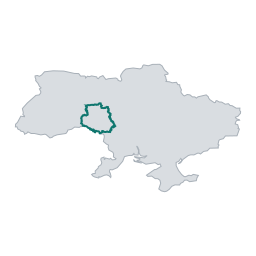 Vinnytsya highlighted on a map of Ukraine
{"feature_id": "UKR-323", "entity_name": "Vinnytsya", "entity_type": "Region", "adm_level": 1, "iso_a3": "UKR", "parent_name": "Ukraine", "parent_adm1": "", "projection": "natural_earth1", "projection_center": [28.815, 48.941], "detail": "fine", "context": "in_parent", "style": "outline", "palette": "teal", "viewbox_px": 256, "rotation_deg": 0, "n_neighbors": 0, "source": "natural_earth", "source_scale": "10m", "svg_char_len": 7981}
<svg xmlns="http://www.w3.org/2000/svg" viewBox="0 0 256 256"><path d="M178.5,170.4L181.6,174.5L184.2,176.6L185.5,176.7L188.9,175.2L191.3,175.7L193.2,174.4L198.4,175.4L196.9,178.0L196.3,180.7L189.6,181.7L187.1,180.1L184.5,180.2L183.1,182.1L180.5,183.4L179.7,185.0L174.9,184.9L171.8,186.3L169.4,189.2L166.8,191.1L164.7,191.7L161.4,190.9L158.8,189.0L160.7,183.2L159.9,180.2L157.8,178.7L155.2,178.6L151.7,176.1L147.8,176.4L146.5,175.2L154.5,169.6L156.2,169.4L161.1,166.4L160.1,164.0L158.1,164.6L155.1,162.7L145.9,164.2L140.3,161.3L137.7,161.0L137.0,160.3L139.7,159.7L139.9,158.6L136.1,157.9L134.1,156.6L144.4,157.9L147.1,155.6L144.2,156.4L141.4,155.9L140.3,155.2L139.0,152.9L138.9,149.7L137.6,146.9L136.6,146.0L138.6,150.6L138.1,155.1L133.8,154.8L134.2,153.0L132.2,155.4L128.8,155.5L124.5,156.6L122.7,161.3L117.2,167.7L112.1,169.9L110.4,169.5L109.7,170.0L109.4,172.0L110.2,173.0L111.0,176.2L110.7,177.5L108.9,175.7L106.8,174.9L104.5,175.2L100.3,177.1L98.9,176.7L99.0,177.7L98.6,178.0L94.7,177.0L93.0,176.1L91.6,174.5L92.9,173.7L95.3,173.4L95.2,171.0L98.2,168.0L98.4,166.6L101.0,164.8L101.8,162.7L100.8,159.7L101.1,158.2L104.0,157.1L104.3,159.4L104.9,159.2L105.5,158.0L109.5,159.1L110.6,158.3L112.3,159.9L115.3,159.5L116.0,158.7L113.4,156.9L113.6,153.9L112.8,152.2L108.9,150.0L108.1,147.4L108.5,145.1L106.5,144.1L103.4,141.5L104.3,137.0L104.1,135.2L103.2,133.9L100.7,134.1L98.8,131.4L95.7,130.9L94.9,131.9L94.4,131.0L93.4,131.0L93.4,129.9L92.7,129.5L90.2,129.2L89.6,128.2L86.8,126.7L83.4,125.7L81.6,126.7L80.8,126.4L79.4,127.4L74.6,127.1L71.7,129.2L67.8,130.1L67.4,131.5L65.9,133.5L57.1,134.8L53.4,136.2L52.1,137.4L49.9,137.9L46.0,134.5L44.8,134.2L40.9,134.9L34.5,133.5L31.2,133.5L27.9,131.9L26.8,133.2L24.5,134.2L24.3,132.9L23.2,131.6L20.9,131.2L20.1,130.1L18.0,129.2L16.9,126.8L15.4,126.9L15.6,124.2L17.5,122.4L20.8,116.2L24.5,116.7L24.6,116.0L22.9,114.6L23.3,112.6L22.4,108.7L23.1,107.7L27.3,103.0L35.9,95.4L39.2,94.9L40.7,93.0L40.8,91.6L39.4,88.9L41.0,88.0L40.9,87.5L39.5,86.5L38.1,83.5L35.7,80.6L35.9,79.3L35.1,77.3L35.1,75.9L37.4,75.5L39.4,76.3L41.6,75.0L44.5,71.8L53.2,70.8L63.8,71.1L74.2,73.4L78.7,73.6L80.6,76.1L84.4,76.0L85.4,76.5L85.6,78.0L87.5,76.2L89.4,76.7L91.5,75.9L96.7,76.9L97.3,78.3L98.3,78.7L99.7,77.0L102.9,75.6L105.9,79.5L108.4,78.7L115.9,78.0L117.8,79.2L118.1,80.4L120.7,81.3L121.8,79.9L120.5,76.1L121.1,74.6L123.2,71.4L125.9,69.0L133.2,68.0L140.0,68.9L141.9,67.9L142.9,65.5L143.8,64.9L148.3,65.8L152.5,64.4L159.7,64.3L162.0,65.8L164.5,70.1L168.1,73.2L167.9,74.2L164.7,74.8L164.6,75.3L165.7,76.8L166.2,79.8L166.7,80.1L166.0,81.5L169.4,81.8L172.2,82.8L176.5,82.3L177.8,84.6L179.7,84.8L179.8,86.3L181.4,89.8L180.9,91.7L181.2,92.8L183.5,95.5L184.5,95.9L187.2,94.5L190.0,94.9L192.4,96.9L194.8,96.9L196.3,98.1L198.0,96.8L206.2,94.9L208.3,96.8L208.6,98.0L209.9,99.7L214.3,102.7L215.5,102.4L215.8,101.0L216.8,100.6L219.3,102.0L221.7,102.1L225.2,104.2L228.4,103.7L230.1,105.5L232.1,105.7L236.2,108.2L239.9,108.1L239.7,110.5L240.6,111.5L240.5,113.3L237.9,116.3L235.4,117.2L236.3,118.7L239.3,119.7L239.6,120.2L236.9,120.4L235.9,121.5L235.2,123.9L237.7,124.7L238.5,127.6L238.0,128.5L239.4,129.0L237.0,135.8L225.4,136.0L223.3,138.7L219.9,139.6L218.9,140.4L218.0,144.3L219.0,145.0L218.1,146.6L218.3,148.0L209.8,148.2L207.3,150.8L203.6,151.4L200.5,154.0L199.1,153.2L197.5,153.2L194.0,154.9L190.8,154.8L188.3,155.5L183.0,159.4L180.6,162.8L178.2,163.8L181.5,161.0L181.6,159.6L180.8,158.4L178.8,161.2L176.1,162.5L176.2,165.8L178.5,170.4ZM141.7,163.1L134.3,161.4L133.5,159.5L135.2,161.2L141.7,163.1Z" fill="#d9dde1" stroke="#a8b0b8" stroke-width="1"/><path d="M84.4,126.1L84.1,126.0L84.1,125.6L83.9,125.6L83.5,125.7L83.4,125.8L82.9,125.8L82.7,125.6L82.5,124.6L82.3,124.1L82.0,123.7L81.7,123.4L81.2,123.3L81.5,122.4L81.6,122.0L81.6,121.6L81.5,121.3L81.5,121.2L81.8,121.1L81.8,120.7L81.7,120.5L81.6,120.3L81.6,119.3L81.4,118.8L81.3,118.6L81.2,118.4L81.3,118.3L81.5,118.2L81.5,117.9L81.4,117.7L81.4,117.3L81.5,117.1L82.0,116.7L82.2,116.3L82.4,116.2L82.5,116.1L82.5,115.9L82.7,115.5L82.9,115.3L83.2,115.3L83.8,115.4L84.1,114.9L84.3,114.8L84.6,114.8L84.8,114.9L85.1,115.1L85.6,115.2L85.9,115.4L86.1,115.5L86.3,115.5L86.4,115.4L86.6,115.2L86.8,115.1L87.0,115.0L87.5,114.9L87.7,114.7L87.6,114.4L87.6,114.2L87.5,113.9L87.4,113.7L87.3,113.4L87.4,113.2L87.6,113.1L87.6,112.9L87.3,112.6L87.3,112.2L87.2,112.0L87.0,111.9L86.9,111.9L86.8,111.6L86.7,111.4L86.7,111.2L86.8,111.2L87.2,111.0L87.2,110.9L87.1,110.7L86.2,110.5L86.0,110.4L85.9,110.4L85.9,110.2L86.0,110.0L86.2,109.9L85.8,109.5L85.7,109.4L85.7,109.1L85.8,108.9L86.0,108.9L86.2,109.0L86.3,109.0L86.3,108.9L86.5,108.8L86.5,108.7L86.3,108.4L86.2,108.4L86.4,108.1L86.8,107.5L86.9,107.3L86.8,107.1L86.7,106.9L86.2,106.7L86.0,106.4L86.2,106.2L86.3,106.1L86.6,106.2L86.8,106.1L87.0,105.9L87.1,105.7L86.8,105.5L87.1,105.5L87.3,105.5L87.5,105.2L88.6,105.1L89.5,105.2L89.9,105.2L90.9,104.9L92.1,104.9L92.5,104.8L93.3,105.0L93.6,105.0L93.8,105.0L94.0,104.9L94.4,104.5L94.5,104.5L95.6,104.5L95.8,104.5L96.1,104.6L96.3,104.8L96.5,104.7L97.0,104.6L98.0,104.7L98.4,104.3L98.6,104.0L98.8,103.9L99.2,103.7L99.3,103.6L99.4,103.3L99.5,103.3L100.4,103.4L100.5,103.4L100.5,103.5L100.6,103.8L100.8,103.9L100.9,104.1L100.9,104.4L100.9,104.7L100.9,104.8L101.1,105.1L101.2,105.3L101.7,105.6L101.1,106.3L101.0,106.5L101.3,106.8L101.4,107.1L101.6,107.3L101.4,107.7L101.4,107.8L101.5,107.9L101.9,108.0L102.4,107.9L103.3,108.1L104.6,108.0L104.9,108.0L105.0,108.0L105.1,107.6L105.3,107.5L105.8,107.5L106.0,107.5L106.3,107.4L106.8,107.0L106.9,106.9L107.2,107.0L107.8,107.0L108.0,107.1L108.0,107.4L107.8,107.8L107.8,108.0L107.9,108.4L108.1,108.5L108.6,108.8L108.7,109.0L108.6,109.3L108.4,109.4L108.4,109.6L108.7,110.1L108.7,110.3L108.7,110.5L108.0,111.1L107.9,111.2L107.9,111.3L107.9,111.5L108.1,111.9L108.2,112.0L108.3,112.3L108.6,112.4L108.9,112.4L109.1,112.5L109.3,112.9L109.5,113.2L109.6,113.4L109.7,113.5L110.1,113.4L110.2,113.5L110.4,113.7L110.1,114.0L110.4,114.3L110.5,114.4L110.5,114.5L110.4,114.8L110.5,115.2L110.4,115.3L110.1,115.4L110.1,115.5L110.1,115.8L110.0,116.0L109.8,116.1L109.3,116.3L109.1,116.5L109.1,116.9L109.2,117.0L109.3,117.1L109.8,117.1L110.0,117.2L110.0,117.3L110.1,117.5L109.9,117.7L109.7,118.0L109.9,118.3L110.1,118.5L110.3,118.5L110.6,118.7L110.7,118.9L110.7,119.0L110.4,119.3L110.5,119.5L111.0,119.8L111.3,120.9L111.3,121.0L111.8,121.1L112.2,121.1L112.3,121.1L112.5,121.3L112.8,121.5L112.7,121.6L112.4,121.9L112.4,122.0L112.6,122.3L113.0,122.6L113.5,122.8L113.7,123.4L113.7,123.6L114.0,124.0L114.4,124.5L114.5,124.7L114.5,124.8L114.4,125.1L114.1,125.2L114.1,125.4L114.0,125.5L113.7,125.8L113.7,126.0L113.9,126.0L114.5,125.8L114.9,125.8L115.2,126.1L114.9,126.4L114.7,126.5L114.3,126.5L114.2,126.6L114.0,126.9L113.7,127.2L113.5,127.3L113.4,127.2L113.3,126.9L113.2,126.7L113.1,126.4L112.9,126.4L112.7,126.4L112.5,126.6L111.9,127.2L111.5,127.6L111.4,127.8L111.4,128.1L111.4,128.3L111.2,128.6L111.0,128.9L110.9,129.0L111.0,129.1L111.5,129.3L111.5,129.5L111.4,130.0L110.7,130.4L110.4,130.5L110.2,130.4L110.1,130.5L110.4,131.1L110.4,131.3L110.2,131.9L109.9,131.8L109.7,131.9L109.0,132.0L108.1,131.9L107.9,131.9L107.3,131.5L107.1,131.5L105.9,132.0L104.8,132.0L103.8,131.7L103.7,131.6L103.4,131.3L103.0,131.1L102.8,131.0L102.7,131.0L102.3,131.2L102.2,131.2L102.2,131.3L102.3,131.9L102.3,132.0L102.2,132.0L101.8,132.3L101.5,132.6L101.2,132.8L100.1,133.2L99.9,133.3L99.8,133.2L99.6,133.1L99.5,132.4L99.3,132.0L99.2,131.7L98.8,131.4L98.3,131.3L97.4,131.3L96.3,130.9L95.9,130.8L95.6,131.0L95.4,131.5L95.3,131.9L95.3,132.2L95.2,132.3L94.8,132.2L94.7,132.0L94.3,131.4L94.5,131.2L94.6,130.9L94.4,130.7L94.2,130.6L93.8,130.8L93.7,131.1L93.5,131.3L93.2,131.3L93.1,131.2L93.1,130.7L93.3,130.5L93.5,130.4L93.7,130.0L93.7,129.7L93.4,129.5L92.8,129.6L92.4,129.8L92.1,130.0L91.8,130.0L91.6,130.0L91.5,129.8L91.4,129.5L91.3,129.2L91.1,129.2L90.7,129.5L90.2,129.5L90.1,129.4L90.3,128.8L90.2,128.5L90.0,128.3L89.8,128.2L88.7,128.1L88.2,127.9L87.9,127.5L87.4,127.0L87.2,126.8L86.4,126.3L86.0,126.1L84.4,126.1Z" fill="none" stroke="#0f766e" stroke-width="2"/></svg>